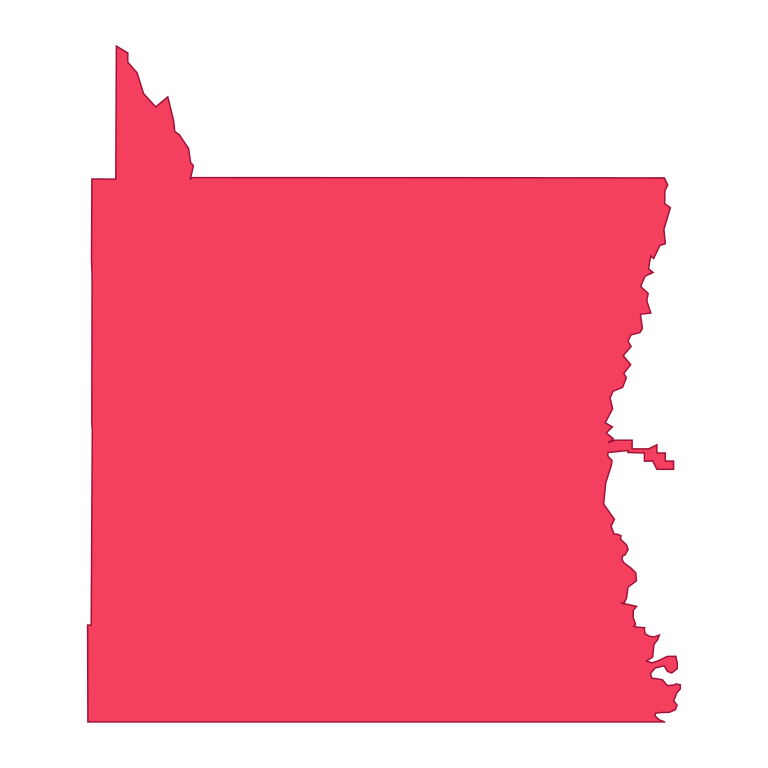 Emery, Utah, United States of America
{"feature_id": "52423323B48025337420710", "entity_name": "Emery", "entity_type": "district", "adm_level": 2, "iso_a3": "USA", "parent_name": "United States of America", "parent_adm1": "Utah", "projection": "natural_earth1", "projection_center": [-110.277, 39.102], "detail": "fine", "context": "isolated", "style": "filled", "palette": "rose", "viewbox_px": 768, "rotation_deg": 0, "n_neighbors": 0, "source": "geoboundaries", "source_scale": "gbopen_adm2", "svg_char_len": 1963}
<svg xmlns="http://www.w3.org/2000/svg" viewBox="0 0 768 768"><path d="M87.9,716.2L87.9,721.9L429.9,721.9L664.2,721.9L663.9,721.6L659.0,719.7L655.0,715.8L655.7,713.1L661.7,712.5L669.4,712.3L675.4,709.7L677.0,705.0L673.7,700.9L676.9,692.6L680.2,689.1L680.4,684.9L676.0,683.9L674.1,685.0L667.3,685.6L662.5,679.8L655.9,678.6L651.9,678.2L650.5,673.6L655.2,668.0L664.1,665.8L667.5,671.4L671.7,673.0L677.3,668.6L677.2,662.6L675.8,656.3L667.3,656.4L658.4,660.7L652.1,662.9L646.4,661.0L652.7,657.0L653.9,644.5L657.7,639.5L659.3,635.1L654.1,637.0L649.3,636.2L645.2,633.8L644.3,629.2L644.7,627.7L638.3,627.3L633.7,626.3L635.6,624.2L633.2,617.8L633.3,610.2L636.6,606.4L626.9,604.2L620.9,603.2L624.3,602.7L626.6,597.9L627.9,587.2L636.4,580.8L635.8,573.0L630.9,568.0L624.3,563.2L621.9,559.5L622.8,555.6L625.0,555.0L628.1,549.5L626.4,544.8L620.5,539.3L621.0,535.7L617.3,534.2L614.0,533.9L611.1,526.2L614.4,519.3L603.6,504.1L605.8,482.7L611.3,465.4L612.0,460.4L608.4,456.9L607.8,455.6L607.9,452.5L627.9,450.5L627.9,452.5L644.4,453.0L644.4,461.1L652.7,461.1L656.9,469.3L673.6,469.3L673.6,461.1L665.3,461.1L665.3,453.0L656.9,453.0L656.9,444.8L648.5,448.9L632.1,448.9L632.1,440.2L615.3,440.2L607.9,442.7L613.4,438.9L606.3,432.9L612.4,426.9L605.2,422.8L612.6,408.8L610.1,397.8L613.0,391.3L622.6,387.3L626.3,377.8L623.8,373.3L630.7,364.7L623.2,355.6L631.1,346.5L628.0,341.1L631.0,334.8L639.9,332.6L642.4,328.4L640.4,314.2L650.8,313.1L646.8,300.9L648.1,293.4L640.6,286.4L645.0,276.3L653.0,272.5L648.5,268.7L650.7,256.0L653.6,258.5L659.9,245.4L665.3,243.7L663.9,229.4L670.4,207.6L664.7,203.8L664.9,190.8L667.7,184.8L664.3,177.9L452.2,177.7L192.1,177.6L190.4,178.9L193.4,165.6L190.7,162.9L188.6,148.6L179.2,134.6L174.8,131.6L173.6,120.6L167.8,96.9L155.7,106.9L143.6,93.7L137.0,72.7L127.8,62.3L127.8,53.0L116.4,46.1L115.8,179.1L91.9,179.0L91.8,204.1L91.5,259.7L92.1,275.9L91.8,423.1L92.3,431.2L91.2,625.1L87.6,625.1L87.9,716.2Z" fill="#f43f5e" stroke="#9f1239" stroke-width="1.5"/></svg>